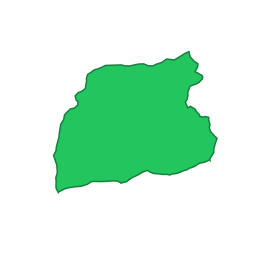 the district of Oghuz District, Oğuz, Azerbaijan, rotated 62°
{"feature_id": "54616110B99657283459996", "entity_name": "Oghuz District", "entity_type": "district", "adm_level": 2, "iso_a3": "AZE", "parent_name": "Azerbaijan", "parent_adm1": "Oğuz", "projection": "albers", "projection_center": [47.537, 41.048], "detail": "fine", "context": "isolated", "style": "filled", "palette": "green", "viewbox_px": 256, "rotation_deg": 62, "n_neighbors": 0, "source": "geoboundaries", "source_scale": "gbopen_adm2", "svg_char_len": 1717}
<svg xmlns="http://www.w3.org/2000/svg" viewBox="0 0 256 256"><g transform="rotate(62 128 128)"><path d="M195.1,70.9L193.8,70.3L189.8,63.7L187.1,62.3L182.5,58.1L179.0,54.3L174.2,55.8L169.9,56.7L166.1,56.2L163.3,54.0L158.5,52.9L156.6,51.7L154.0,54.6L153.8,56.4L151.4,59.1L149.7,58.7L145.7,59.8L143.2,59.8L138.3,62.6L138.2,65.7L132.3,65.3L130.3,62.2L127.3,59.7L124.7,58.6L120.4,53.9L120.4,51.8L121.2,46.7L121.0,43.8L119.7,39.6L118.2,38.1L116.5,38.0L111.9,40.8L109.8,42.5L106.7,37.8L104.2,36.1L99.8,38.4L94.0,39.7L89.2,38.3L89.1,38.6L88.9,42.8L89.3,48.3L89.7,55.0L87.8,57.8L85.3,61.5L86.0,67.5L84.9,73.6L84.9,76.7L82.8,80.7L78.8,84.0L77.0,87.5L75.8,90.9L75.7,91.2L74.0,97.5L71.7,101.5L69.1,104.4L66.6,109.5L64.5,113.8L63.7,115.4L62.2,118.5L62.0,123.5L61.6,127.1L60.9,130.2L61.5,135.2L61.8,138.6L65.0,141.6L67.7,142.9L70.3,145.1L73.1,147.1L73.9,151.3L73.4,155.4L74.8,159.6L79.2,160.7L81.2,159.8L84.2,161.6L85.3,166.0L84.1,170.0L85.4,174.5L86.6,177.8L90.4,180.9L93.2,185.7L97.2,188.7L100.5,191.2L103.7,193.3L107.8,197.1L110.9,200.0L114.3,202.3L117.3,206.6L123.7,207.7L127.0,208.1L134.5,211.5L138.0,215.1L141.6,216.6L145.9,219.1L147.8,219.8L152.2,219.9L151.9,219.4L151.9,212.7L153.1,207.8L155.1,202.1L157.3,197.3L158.6,190.5L158.2,185.4L159.5,182.5L162.2,177.8L162.5,177.2L165.0,172.1L166.3,169.0L167.9,165.6L169.9,162.3L172.7,160.2L173.3,160.2L174.7,154.4L173.7,148.4L174.1,140.6L173.8,136.4L174.1,133.4L174.7,130.7L177.2,129.2L180.0,127.0L181.7,124.3L182.9,122.4L184.8,119.7L185.9,118.1L187.1,115.6L189.1,113.1L189.4,110.5L191.0,106.3L191.5,102.7L191.9,98.4L192.6,95.2L192.4,92.0L192.9,89.8L193.1,86.3L192.7,83.2L192.8,80.6L194.1,76.7L194.4,71.1L195.1,70.9Z" fill="#22c55e" stroke="#15803d" stroke-width="1.5"/></g></svg>